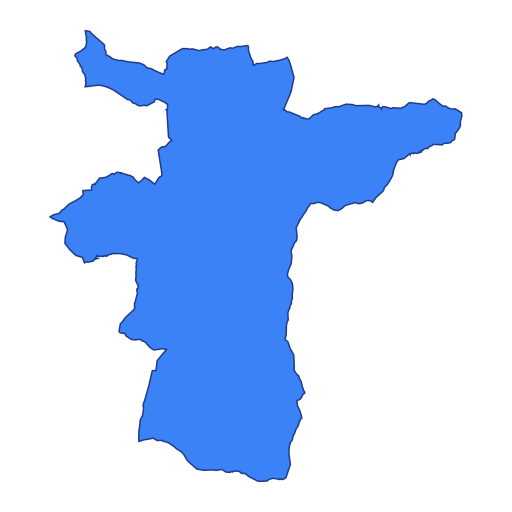 the district of Chirpar, Sibiu, Romania
{"feature_id": "2599482B69447881154639", "entity_name": "Chirpar", "entity_type": "district", "adm_level": 2, "iso_a3": "ROU", "parent_name": "Romania", "parent_adm1": "Sibiu", "projection": "orthographic", "projection_center": [24.592, 45.895], "detail": "fine", "context": "isolated", "style": "filled", "palette": "blue", "viewbox_px": 512, "rotation_deg": 0, "n_neighbors": 0, "source": "geoboundaries", "source_scale": "gbopen_adm2", "svg_char_len": 5962}
<svg xmlns="http://www.w3.org/2000/svg" viewBox="0 0 512 512"><path d="M285.9,477.7L290.4,464.4L288.9,453.4L289.1,447.9L290.3,442.5L291.8,440.7L292.6,438.6L293.1,435.9L294.3,434.1L296.0,429.2L298.2,425.9L298.6,424.8L298.4,424.4L300.5,419.3L301.8,418.2L301.2,415.1L299.5,409.8L298.5,408.2L297.1,404.5L297.2,402.7L296.7,400.5L299.1,399.8L300.9,398.5L303.1,394.1L304.8,393.2L304.5,391.5L303.5,390.5L303.5,389.5L302.7,388.1L301.1,381.3L300.1,379.8L298.3,375.3L296.9,374.6L294.1,370.1L294.3,366.8L293.7,354.7L290.2,348.7L287.9,341.7L285.8,340.1L285.0,338.8L286.2,335.0L286.4,325.9L287.0,322.4L288.2,319.9L287.8,313.2L288.8,309.9L290.0,307.6L289.9,306.0L291.5,303.6L291.2,302.5L292.4,298.1L292.2,294.3L292.9,290.1L292.6,285.3L292.0,282.5L290.4,279.6L287.8,277.0L287.5,273.8L288.6,269.7L291.1,263.9L291.8,257.7L291.7,254.7L291.1,252.1L291.4,249.7L293.2,246.2L294.5,242.7L296.0,241.4L296.7,239.9L297.1,236.8L296.2,227.6L299.8,220.4L299.0,220.7L301.7,217.7L303.4,214.5L304.8,212.9L306.9,209.5L307.6,207.6L309.5,205.6L310.3,203.5L314.0,203.6L317.7,202.3L321.0,202.8L328.4,206.1L330.1,207.8L333.9,210.0L338.1,210.6L341.6,208.7L345.4,205.4L355.1,202.6L356.8,202.9L358.0,203.7L360.5,203.4L363.2,202.7L366.0,200.8L367.8,200.4L370.8,200.9L372.5,202.4L376.2,197.4L382.9,191.3L383.8,189.7L384.5,187.2L386.8,185.2L389.1,181.9L392.3,176.0L393.1,173.6L393.1,171.8L394.3,168.1L396.6,162.3L398.3,159.8L403.9,158.6L409.2,154.1L409.8,154.7L409.7,154.2L410.6,153.7L412.6,153.2L413.1,153.5L413.1,153.2L414.7,152.8L415.1,153.2L418.1,153.3L418.7,152.7L419.7,152.5L419.4,152.0L420.9,152.3L421.6,151.6L421.4,150.9L422.0,150.6L421.7,150.4L422.8,150.1L424.7,148.6L428.0,148.4L429.1,146.6L431.9,145.6L433.5,144.3L442.1,144.9L443.9,143.4L448.5,143.1L450.7,142.5L451.9,140.7L454.0,139.9L454.7,138.9L455.3,133.6L458.8,129.1L460.4,125.8L460.4,121.6L461.9,115.9L461.5,112.7L455.2,108.8L451.5,109.1L447.9,107.7L445.6,106.0L443.1,106.2L439.5,103.7L435.0,99.6L432.8,98.9L430.1,100.7L428.6,101.1L427.4,102.8L424.6,104.3L409.3,102.6L404.4,106.8L400.5,108.2L393.7,107.8L392.5,107.9L391.7,108.6L384.1,106.6L382.7,106.7L381.6,107.9L381.5,108.6L381.1,107.8L379.0,107.3L379.0,106.4L378.3,106.1L378.5,105.2L376.7,106.7L375.2,106.9L369.2,105.4L355.9,105.7L352.2,104.5L346.0,104.2L339.2,106.6L334.5,106.8L331.4,107.9L324.5,108.7L324.2,110.0L322.1,110.9L318.9,113.1L317.6,113.4L316.4,114.3L313.7,114.5L309.3,118.6L307.5,119.1L303.9,118.2L303.8,117.8L301.8,118.1L300.7,116.8L299.3,116.1L289.4,112.0L287.0,111.8L285.0,110.0L283.5,109.8L291.0,91.9L294.0,77.4L290.0,63.1L288.8,59.9L287.0,57.3L284.7,58.8L278.9,60.4L272.8,61.6L269.8,61.1L266.8,62.5L259.5,63.6L256.8,63.4L253.6,65.4L253.2,65.0L253.1,62.1L250.5,57.0L248.4,50.2L248.5,47.1L247.8,45.5L240.9,46.5L237.2,46.5L232.5,48.3L230.1,47.8L224.4,49.9L220.8,49.4L217.4,46.8L215.3,47.3L213.5,48.7L210.5,46.9L207.3,49.3L202.3,49.8L199.2,50.7L192.1,48.8L190.4,49.4L187.5,48.6L182.4,48.6L169.7,56.1L166.2,61.8L167.2,63.5L166.8,67.1L167.3,68.5L164.8,69.9L163.9,74.4L163.6,74.4L154.7,70.6L151.6,68.8L147.1,67.8L143.7,64.7L139.3,63.0L127.9,61.8L121.7,60.4L118.1,60.4L112.8,58.9L109.9,56.7L106.1,54.7L105.7,51.1L104.4,48.6L104.6,45.4L103.7,44.2L91.4,33.4L89.9,31.5L85.3,30.7L86.1,36.0L86.7,37.2L86.3,38.6L86.6,42.3L86.0,46.0L84.2,48.7L82.5,49.4L82.2,50.3L75.8,53.7L74.8,55.7L77.4,58.7L77.2,60.4L80.2,64.7L80.1,65.7L80.5,66.6L82.0,67.6L81.8,68.4L82.4,69.0L82.4,71.3L84.9,74.9L85.7,78.6L85.4,80.5L86.1,82.2L85.2,86.8L98.7,85.1L102.5,85.7L108.3,87.5L113.8,90.2L127.6,99.6L129.7,99.8L131.5,101.3L132.6,102.9L135.5,103.7L138.0,105.4L139.8,105.9L144.0,105.3L146.8,105.7L154.4,101.8L154.5,100.5L155.3,99.1L156.6,99.4L157.7,99.0L164.8,102.4L166.4,103.7L167.6,103.9L167.4,109.4L166.2,109.7L166.9,110.4L168.5,137.0L171.7,140.6L169.6,141.9L165.9,146.0L164.0,146.9L162.7,146.7L160.7,147.6L158.2,150.1L161.9,173.5L161.9,175.2L161.5,176.1L159.1,177.3L154.8,184.2L148.9,179.7L144.4,177.4L141.2,180.8L138.5,182.8L134.8,179.6L133.4,177.3L130.0,175.5L127.3,175.0L126.3,174.3L124.7,174.2L121.2,172.8L120.6,173.3L120.2,172.7L117.9,172.3L116.6,172.4L114.1,174.2L112.7,173.5L111.5,173.7L110.4,174.8L105.9,177.3L99.2,178.3L98.4,179.9L97.3,180.8L96.9,182.3L95.4,183.1L95.2,184.4L93.7,184.1L92.3,184.9L91.4,187.1L91.8,188.5L91.6,190.0L82.9,190.6L83.2,194.7L80.2,197.8L75.2,200.9L69.1,204.0L64.0,209.0L61.6,210.4L59.0,213.5L53.7,214.7L50.1,216.8L51.9,218.2L59.1,221.3L64.2,221.8L67.6,229.8L65.3,237.1L64.9,243.3L69.9,249.8L75.2,254.9L76.3,255.6L82.5,257.4L84.5,262.9L85.9,262.1L88.4,262.1L93.3,261.0L93.6,260.2L95.9,258.8L97.5,258.5L96.1,258.0L95.4,258.8L94.3,259.1L96.7,256.8L96.4,255.8L97.4,255.6L98.5,256.5L102.6,256.1L102.9,256.6L105.1,255.5L105.5,255.7L105.4,256.1L106.0,256.3L107.7,255.6L107.6,255.0L111.7,254.1L112.0,253.5L112.8,253.3L114.2,253.9L115.2,253.5L120.3,253.6L126.6,254.9L133.8,258.4L137.1,258.5L137.2,259.8L136.1,263.2L136.5,266.0L135.9,266.8L136.3,269.2L135.9,272.3L136.1,276.8L135.6,279.2L135.8,280.8L138.0,285.5L138.2,287.7L136.7,289.4L137.4,293.2L134.8,303.3L134.4,303.6L134.7,307.8L133.9,309.7L125.4,317.5L121.6,322.8L120.4,323.5L119.3,329.7L119.2,331.9L120.3,332.8L125.0,333.6L126.0,335.8L131.2,339.4L134.8,339.9L140.0,339.3L142.2,340.9L144.9,341.8L150.2,347.6L154.0,350.0L162.6,348.7L166.5,349.4L157.2,360.6L156.0,370.5L152.4,370.7L151.8,372.6L149.2,384.4L144.6,400.7L143.6,402.9L143.1,406.3L143.6,406.9L143.6,408.3L142.6,415.4L140.1,420.3L140.0,423.5L138.9,431.3L138.7,441.3L138.4,441.6L143.7,439.9L150.3,438.8L152.6,438.0L157.4,440.6L161.3,440.3L162.0,440.9L162.7,440.6L163.9,441.4L168.2,442.6L174.0,446.5L176.6,448.8L181.0,451.6L183.5,454.0L186.9,459.9L189.1,462.3L196.9,469.1L203.8,470.3L211.8,469.9L216.5,470.3L221.5,469.5L222.5,469.8L225.8,472.0L229.5,472.4L231.5,471.7L232.6,472.0L234.3,471.0L238.1,471.3L239.7,471.7L241.5,473.3L245.2,473.6L248.6,476.4L257.5,481.0L260.0,481.3L267.3,481.0L268.2,479.9L270.8,478.8L273.7,478.3L279.7,479.5L279.8,479.1L280.8,479.2L281.5,478.7L282.3,479.5L283.0,479.5L285.9,477.7Z" fill="#3b82f6" stroke="#1e3a8a" stroke-width="1.5"/></svg>